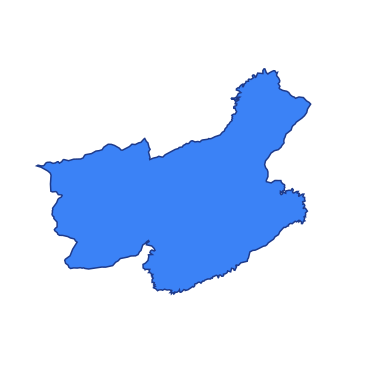 El Peñon, Cundinamarca, Colombia (Equal Earth projection), rotated 65°
{"feature_id": "7082276B2914130191559", "entity_name": "El Peñon", "entity_type": "district", "adm_level": 2, "iso_a3": "COL", "parent_name": "Colombia", "parent_adm1": "Cundinamarca", "projection": "equal_earth", "projection_center": [-74.297, 5.266], "detail": "fine", "context": "isolated", "style": "filled", "palette": "blue", "viewbox_px": 384, "rotation_deg": 65, "n_neighbors": 0, "source": "geoboundaries", "source_scale": "gbopen_adm2", "svg_char_len": 6065}
<svg xmlns="http://www.w3.org/2000/svg" viewBox="0 0 384 384"><g transform="rotate(65 192 192)"><path d="M123.5,212.2L123.7,213.3L125.4,217.3L124.9,219.6L125.0,223.4L123.3,226.2L124.4,229.6L124.7,237.4L124.0,238.6L121.6,239.3L117.1,242.5L114.7,245.0L113.3,247.8L114.1,253.0L115.7,255.6L115.3,258.6L114.3,261.8L114.7,266.9L113.2,272.6L113.3,273.7L115.1,276.3L115.0,279.0L112.2,285.5L111.5,290.6L108.4,294.4L108.4,295.4L109.5,297.3L109.8,300.0L108.0,300.5L107.7,301.3L107.9,303.6L107.3,305.9L105.0,308.0L103.9,310.8L104.0,312.3L105.3,314.6L105.4,315.7L104.7,317.5L102.6,320.2L102.7,321.7L105.7,318.4L107.9,316.8L111.9,313.9L115.0,312.5L117.3,312.7L124.9,316.9L131.6,319.6L132.9,318.5L134.0,315.4L134.8,314.7L137.9,314.3L139.6,311.3L140.3,311.2L141.3,312.5L141.5,315.4L142.0,316.6L144.5,319.2L147.8,325.2L149.2,325.6L149.8,326.4L151.5,327.1L153.0,328.3L154.6,328.4L156.1,327.7L157.7,328.4L162.3,327.0L166.6,329.0L167.2,331.3L168.0,332.7L169.2,332.7L171.9,331.3L173.4,331.5L175.2,330.5L176.7,327.5L180.0,323.3L182.3,321.6L184.5,318.8L185.2,318.4L187.0,318.3L188.9,317.3L193.4,324.3L198.3,329.5L199.4,335.2L200.1,336.2L203.2,336.7L206.1,335.2L208.1,335.4L210.0,334.4L210.8,331.3L212.5,328.0L213.3,325.3L214.6,323.7L214.9,322.3L216.0,321.4L218.1,318.2L221.9,305.5L223.6,302.0L225.2,295.0L223.4,290.9L223.2,288.1L222.0,285.1L223.8,277.8L224.1,274.6L226.0,270.1L225.9,267.3L224.1,265.0L223.4,262.9L219.3,259.1L218.6,255.5L217.9,254.1L217.6,251.9L218.8,251.9L219.2,254.7L220.5,255.7L223.9,251.3L227.0,250.2L229.3,250.2L229.4,251.3L227.6,252.9L227.9,254.5L229.2,255.8L231.9,254.4L230.5,258.0L232.3,258.5L235.5,260.9L236.8,264.2L236.9,267.0L240.2,268.4L242.0,267.3L242.7,267.4L242.7,266.2L244.3,263.0L245.3,264.2L246.3,264.2L246.7,265.3L247.3,264.2L248.6,263.4L249.3,263.6L250.1,262.4L250.7,264.1L251.0,264.2L251.6,263.4L252.7,264.2L253.7,263.5L254.6,265.2L257.1,266.4L257.7,264.9L258.3,264.5L259.3,265.7L260.2,264.8L260.7,266.1L261.9,265.2L262.0,267.2L262.5,267.4L264.3,265.8L266.9,264.9L266.8,263.3L267.6,261.2L268.6,260.2L268.5,258.0L270.3,256.0L271.2,253.5L272.0,253.1L272.5,252.0L273.0,252.0L273.9,254.2L274.3,253.1L275.5,253.6L275.1,252.6L275.5,251.5L276.7,251.6L276.5,250.5L275.4,250.0L276.2,248.8L276.5,247.7L276.1,245.9L275.3,244.7L277.4,245.3L278.1,244.6L278.1,243.6L277.0,240.6L277.6,239.8L278.4,239.8L278.9,237.0L278.0,231.2L278.7,230.8L278.7,230.3L278.1,229.1L277.1,228.8L276.5,227.9L277.0,226.6L276.5,224.9L276.7,223.7L277.1,223.1L278.4,222.4L277.3,220.1L277.8,218.9L277.3,217.5L277.5,214.4L278.7,211.9L278.0,210.8L278.7,210.0L277.5,208.7L277.8,207.7L277.7,205.7L277.9,204.9L278.4,204.5L280.7,204.4L280.3,203.5L279.1,202.9L278.9,202.3L279.3,201.3L280.9,200.7L281.4,199.5L281.0,198.6L279.8,198.2L280.2,196.7L280.1,194.9L279.7,194.0L278.6,193.1L280.7,190.7L277.9,188.4L279.2,186.7L280.6,186.9L281.1,186.2L278.5,183.1L277.5,183.5L276.9,182.8L278.1,180.8L276.8,177.7L278.1,171.2L276.4,170.0L275.6,168.7L270.8,164.9L270.6,161.7L271.4,159.4L271.5,157.1L271.3,150.3L271.8,148.1L271.4,146.3L270.3,144.3L269.2,138.0L267.7,135.7L267.2,131.7L265.1,129.2L262.9,123.8L263.6,122.2L263.2,120.4L263.5,118.9L262.5,118.5L262.1,116.7L262.2,115.8L263.1,114.6L262.1,110.9L263.3,109.8L262.9,107.3L264.2,107.7L263.7,106.2L265.3,105.5L266.9,106.1L267.3,105.2L265.7,103.4L265.8,101.9L264.8,102.3L263.2,100.9L262.0,101.0L262.4,99.6L261.6,99.8L261.0,98.8L258.9,98.0L258.1,95.5L254.7,96.1L254.2,96.5L254.0,97.9L253.6,98.0L252.2,95.6L250.6,95.4L249.9,96.6L249.3,96.0L247.7,95.9L247.5,95.1L248.1,94.0L247.9,93.3L246.2,93.1L244.5,92.2L243.5,93.3L242.7,93.3L241.2,91.5L240.6,92.7L240.8,94.4L240.5,95.2L241.1,96.2L240.9,97.0L240.1,96.8L238.7,95.4L237.4,97.0L236.4,95.5L235.8,96.9L235.9,100.1L235.5,100.7L234.5,100.9L232.8,99.3L231.4,99.6L231.4,100.2L232.5,101.6L231.4,103.3L230.7,106.6L232.7,107.6L230.5,109.5L231.8,110.6L232.2,111.9L231.9,112.4L230.7,112.6L228.8,111.6L230.3,110.8L229.2,109.1L229.7,107.8L227.6,106.7L227.0,105.9L226.1,106.0L225.4,105.3L224.4,105.1L223.2,106.1L221.0,106.9L219.2,106.6L216.6,112.0L217.2,116.5L214.1,120.2L213.0,119.9L210.2,116.7L205.9,114.7L203.8,114.4L201.1,115.0L197.9,114.6L194.8,112.2L193.0,108.2L190.1,103.9L189.4,99.8L190.1,95.9L189.0,92.3L187.9,90.9L186.4,87.8L184.6,87.3L182.5,85.8L182.0,84.9L179.2,82.3L177.7,75.9L175.5,74.0L174.5,72.4L173.9,69.7L172.8,68.1L171.5,61.2L170.4,57.8L168.5,54.5L165.6,52.2L162.5,47.3L160.3,48.0L157.8,49.7L153.5,51.1L151.1,54.9L150.8,58.6L149.2,59.2L147.9,60.6L145.6,61.8L142.7,62.3L140.8,63.5L138.2,66.9L135.5,69.0L134.6,69.1L133.3,67.6L130.3,68.1L129.4,66.2L128.2,65.4L125.6,65.3L122.4,66.1L121.5,65.8L119.7,64.0L119.6,65.2L119.4,65.4L117.1,65.7L116.6,66.7L116.5,68.4L116.7,71.8L117.1,73.0L117.0,73.5L115.0,74.2L111.3,73.9L110.8,74.6L111.8,76.4L114.6,77.7L112.0,82.2L114.8,85.4L114.9,86.2L114.3,86.4L113.5,85.9L112.4,86.2L111.9,86.7L111.8,87.5L112.3,88.3L114.4,88.2L114.9,90.9L113.7,92.8L114.0,93.5L115.5,94.0L114.6,96.3L115.8,97.2L116.2,98.8L118.2,101.0L117.9,101.6L116.0,99.8L115.6,100.6L116.0,102.7L116.8,104.5L117.6,105.2L117.0,106.3L117.3,108.1L118.3,108.7L120.1,106.8L122.6,105.7L122.3,108.3L124.7,111.4L124.9,113.9L123.6,116.3L123.9,116.9L124.7,116.8L125.8,114.6L127.4,114.4L125.9,111.0L125.8,109.2L126.2,108.6L126.6,110.8L127.3,112.1L127.9,110.5L128.3,110.7L128.7,113.9L130.1,115.6L130.5,115.6L131.1,114.2L132.2,114.9L132.4,115.8L132.2,117.5L132.6,118.3L133.8,118.7L134.3,117.4L135.8,117.8L138.1,117.6L139.6,120.0L139.0,121.4L139.3,123.5L140.6,123.3L141.1,124.1L142.3,124.1L142.9,125.3L144.2,125.5L144.7,127.6L146.2,130.1L146.4,131.7L147.7,132.7L148.7,135.3L150.4,136.9L150.7,139.3L152.2,142.4L151.6,147.7L151.7,151.9L151.3,153.3L150.6,154.3L150.9,155.3L149.3,160.4L149.2,161.8L149.8,162.8L149.9,163.8L148.7,165.3L147.9,168.1L145.8,169.9L145.5,170.7L145.5,172.0L146.5,173.9L146.5,175.3L145.6,176.7L146.0,177.7L146.1,180.3L147.1,181.6L146.2,184.8L146.8,186.1L146.3,189.2L146.9,200.6L148.0,203.5L147.7,204.4L145.6,207.0L145.7,209.1L144.9,212.9L144.8,216.6L143.9,216.4L143.0,215.5L137.3,214.5L135.6,211.9L133.5,212.1L128.8,211.2L126.9,212.0L123.5,212.2Z" fill="#3b82f6" stroke="#1e3a8a" stroke-width="1.5"/></g></svg>